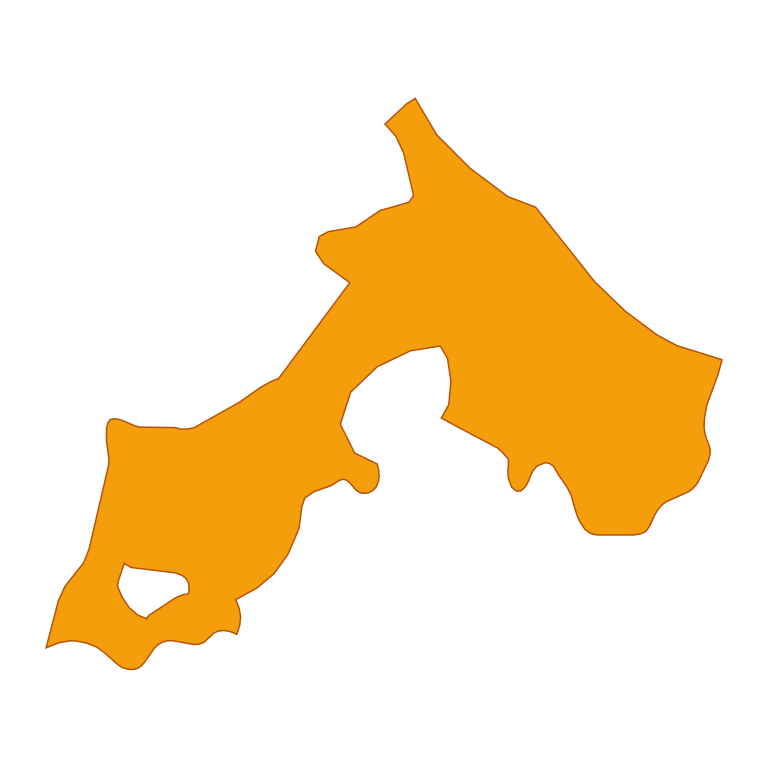 Rimini, Equal Earth projection
{"feature_id": "ITA-5366", "entity_name": "Rimini", "entity_type": "Province", "adm_level": 1, "iso_a3": "ITA", "parent_name": "Italy", "parent_adm1": "", "projection": "equal_earth", "projection_center": [12.401, 43.955], "detail": "fine", "context": "isolated", "style": "filled", "palette": "amber", "viewbox_px": 768, "rotation_deg": 0, "n_neighbors": 0, "source": "natural_earth", "source_scale": "10m", "svg_char_len": 2474}
<svg xmlns="http://www.w3.org/2000/svg" viewBox="0 0 768 768"><path d="M449.2,369.7L447.6,358.8L440.3,346.0L410.4,350.8L383.4,363.8L377.3,366.7L372.3,371.5L366.6,376.9L350.7,392.1L340.3,424.3L344.8,433.2L354.7,453.1L377.1,463.9L378.6,469.7L379.2,475.7L378.4,481.6L376.2,486.9L372.9,490.5L368.9,492.7L364.7,493.4L360.4,492.8L356.2,490.3L349.9,483.0L346.3,480.0L342.4,479.3L338.6,480.8L331.4,485.5L313.8,491.8L304.8,498.0L301.9,506.4L298.9,528.9L287.7,554.7L273.8,573.9L256.6,588.2L235.8,599.6L239.2,608.4L240.6,616.6L239.8,625.0L236.7,634.5L233.6,632.8L228.7,631.2L223.4,630.5L218.3,631.1L213.9,633.1L203.9,642.4L199.4,644.1L194.1,644.5L172.0,640.6L166.6,640.9L161.9,642.4L157.7,645.0L154.5,648.0L144.0,663.0L140.9,666.2L137.0,668.6L132.2,669.6L126.9,669.0L121.9,667.3L117.7,664.5L104.2,652.5L96.7,647.1L86.8,643.1L76.0,641.0L70.1,640.8L59.0,642.7L46.1,647.8L58.4,600.7L65.0,586.3L83.7,562.7L89.2,548.6L108.6,465.3L109.0,459.6L106.4,440.2L106.6,427.6L108.1,422.5L110.6,419.3L114.5,418.8L117.2,419.0L121.6,420.2L134.6,425.7L139.9,427.1L175.0,427.6L180.3,429.0L186.9,429.1L194.3,427.6L239.5,402.2L260.8,387.2L271.9,381.1L278.7,378.4L349.8,282.7L323.7,263.7L315.5,251.4L319.3,236.5L328.4,231.6L356.0,226.9L379.9,210.6L408.8,202.3L413.6,195.5L403.7,153.2L395.7,136.0L384.9,124.1L406.7,103.8L415.2,98.4L436.7,134.8L470.0,168.2L507.8,196.6L535.6,207.2L594.9,282.0L625.5,311.4L657.4,335.2L676.8,345.6L721.9,359.7L721.7,361.3L717.9,374.8L706.8,405.2L704.8,415.8L704.3,421.6L704.1,427.1L704.8,432.4L705.9,437.1L709.3,445.9L710.3,450.6L709.8,455.4L708.5,460.3L698.3,481.7L695.6,485.6L692.4,488.8L688.5,491.7L667.0,501.4L663.1,503.9L659.8,507.3L657.0,511.1L654.7,515.0L650.7,524.0L648.3,528.1L645.6,531.6L640.4,533.9L633.7,535.0L596.9,535.0L590.7,533.5L585.0,529.5L579.1,520.4L576.5,513.8L570.7,494.0L566.2,485.8L558.1,474.3L553.6,466.4L549.9,463.6L545.2,462.6L537.0,466.1L533.2,470.6L530.4,475.8L528.7,480.6L526.6,484.8L523.8,488.6L520.3,491.2L516.0,490.9L511.6,487.2L508.2,477.6L507.9,470.7L508.4,464.4L508.4,459.3L502.7,452.7L497.6,448.0L455.3,425.7L441.3,418.0L448.8,404.6L450.0,391.2L450.9,381.3L449.2,369.7ZM146.9,618.8L146.7,618.1L149.1,615.3L175.3,597.9L183.3,594.5L186.6,594.3L187.6,594.0L188.5,593.1L189.0,591.2L189.1,588.8L188.7,584.3L188.1,582.3L187.3,580.5L186.3,578.9L185.0,577.6L182.1,575.4L175.3,572.9L131.4,567.5L125.0,564.0L124.4,563.1L118.5,580.4L117.4,586.2L122.4,597.6L129.1,607.5L137.4,614.9L146.9,618.8Z" fill="#f59e0b" stroke="#b45309" stroke-width="1.5"/></svg>